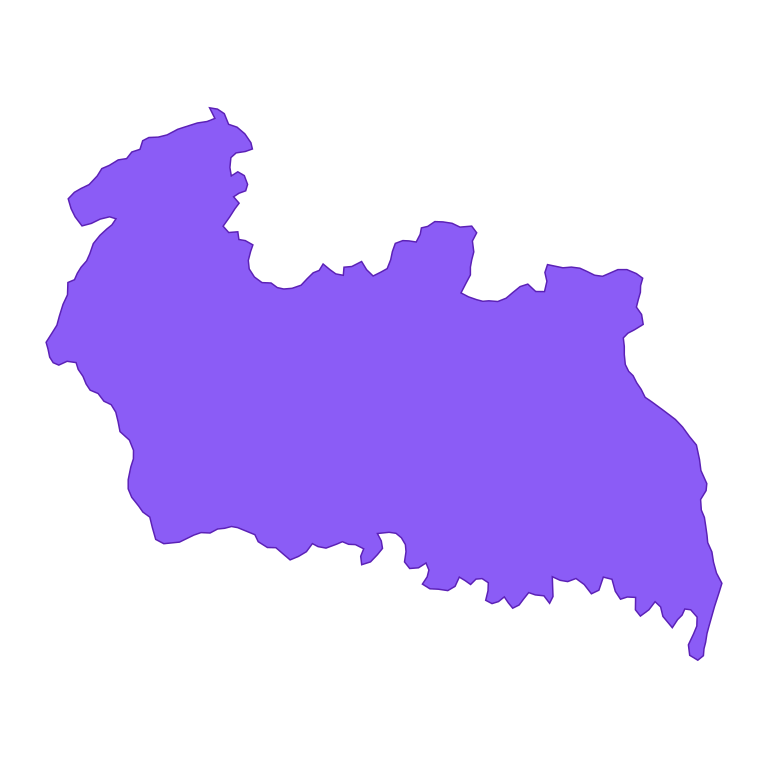 Casimiro de Abreu, Rio de Janeiro, Brazil (Albers equal-area conic projection)
{"feature_id": "56859067B53466809701697", "entity_name": "Casimiro de Abreu", "entity_type": "district", "adm_level": 2, "iso_a3": "BRA", "parent_name": "Brazil", "parent_adm1": "Rio de Janeiro", "projection": "albers", "projection_center": [-42.139, -22.475], "detail": "fine", "context": "isolated", "style": "filled", "palette": "violet", "viewbox_px": 768, "rotation_deg": 0, "n_neighbors": 0, "source": "geoboundaries", "source_scale": "gbopen_adm2", "svg_char_len": 3926}
<svg xmlns="http://www.w3.org/2000/svg" viewBox="0 0 768 768"><path d="M298.7,556.3L306.4,551.7L312.4,543.6L318.0,546.6L326.0,548.1L336.8,544.1L342.4,541.7L348.6,544.3L355.4,544.6L363.7,548.8L360.7,556.3L361.7,564.7L370.5,561.9L377.4,554.7L382.5,548.4L381.3,541.0L377.4,533.5L389.1,532.3L396.0,533.3L401.4,537.8L405.4,544.6L406.0,551.7L404.5,561.9L409.7,568.5L418.5,567.8L426.0,563.0L428.9,570.0L427.2,576.8L422.4,584.1L429.9,588.8L438.3,589.2L447.8,590.6L455.1,586.3L459.3,577.1L465.1,580.6L470.6,584.5L476.0,579.1L482.1,578.6L488.3,582.7L488.0,590.8L485.7,600.3L492.0,603.6L498.5,601.6L504.3,596.9L508.3,602.8L512.7,608.2L519.1,605.0L523.6,599.0L528.7,592.6L535.3,594.9L543.9,595.8L549.6,603.3L553.0,596.5L552.6,585.6L552.3,576.7L560.1,580.3L567.7,581.6L576.0,578.5L584.2,584.5L591.4,593.8L598.9,590.2L603.3,577.1L612.0,579.3L615.3,591.3L620.5,599.2L627.3,597.0L635.6,597.4L635.4,609.8L640.4,616.1L648.9,609.8L655.1,601.7L660.6,606.9L662.9,616.4L672.3,627.7L677.6,619.6L682.1,615.1L684.8,609.0L690.7,609.8L697.1,617.1L696.8,626.1L693.6,633.8L688.4,644.8L689.7,655.3L697.8,660.2L703.4,655.7L704.0,648.7L705.6,642.4L707.0,633.5L709.2,625.4L712.1,615.1L714.5,606.6L716.7,599.8L719.1,592.4L721.9,583.3L716.5,573.1L713.5,562.1L711.9,551.9L707.7,542.6L707.0,535.2L705.7,526.0L704.4,517.4L701.3,510.0L700.6,499.5L706.1,490.6L706.8,483.6L703.8,476.9L700.9,470.5L699.5,459.5L696.4,445.0L689.5,436.6L682.6,427.1L675.4,419.5L663.4,410.4L658.5,406.8L651.7,401.8L645.1,397.3L641.2,389.4L636.7,382.8L633.1,375.7L628.7,371.4L625.3,364.5L624.3,354.6L624.3,346.5L623.3,337.9L627.9,333.2L634.4,329.8L643.2,324.4L641.6,314.5L636.4,307.1L638.3,299.6L640.4,292.3L640.6,285.6L642.7,278.2L636.4,273.6L626.9,269.6L617.9,269.6L608.1,273.9L602.5,276.3L594.6,275.2L587.1,271.5L579.9,268.2L571.4,267.1L562.9,267.8L547.5,264.6L544.9,272.5L546.9,281.3L544.5,291.6L535.7,291.5L527.8,284.1L520.1,286.6L512.6,292.7L506.1,298.2L497.8,301.5L488.8,300.8L482.8,301.3L476.7,299.7L468.4,296.8L461.0,292.9L466.1,283.0L470.4,274.9L470.4,267.1L471.7,260.0L473.8,251.9L472.4,241.0L476.7,232.8L471.7,226.1L460.0,227.1L452.1,223.3L443.0,221.9L434.8,221.6L427.7,226.4L421.4,227.9L420.2,234.3L416.2,242.0L409.0,240.9L402.8,240.6L395.3,243.4L392.4,251.5L390.7,259.7L387.2,268.6L380.9,272.1L373.1,276.0L366.6,269.7L361.6,261.5L351.8,266.5L344.0,267.2L343.3,275.3L335.8,273.9L330.0,269.7L323.1,264.0L319.2,270.4L313.2,272.8L307.1,278.8L301.1,285.2L292.1,288.3L283.8,289.0L277.3,287.6L271.1,283.0L262.0,282.6L254.4,277.0L249.2,268.9L248.3,260.5L250.6,251.5L252.9,244.9L245.3,240.6L238.9,239.5L237.8,231.8L228.7,232.5L223.1,226.2L229.5,217.2L234.9,208.8L239.1,203.2L233.6,196.8L238.8,193.3L245.7,190.8L247.6,184.4L244.3,175.6L237.8,171.8L231.3,175.9L229.9,167.5L230.9,157.6L236.1,152.9L245.3,151.5L252.4,149.0L250.9,142.7L244.9,133.9L237.1,127.2L228.6,124.3L224.3,113.7L217.5,109.1L209.6,107.8L214.9,118.4L207.1,121.5L197.3,123.0L185.4,126.8L177.7,129.3L167.1,134.9L158.3,137.1L148.9,137.5L142.7,140.7L140.0,149.3L131.8,152.0L126.6,158.6L118.2,159.9L109.3,165.4L101.8,168.6L97.2,176.0L89.1,184.6L81.2,188.4L74.4,192.3L68.2,198.8L71.1,208.7L75.1,216.8L82.0,225.9L91.4,223.4L100.2,219.1L109.6,216.8L116.0,218.8L111.9,224.9L106.8,229.0L99.9,235.4L93.3,243.6L89.8,253.8L86.6,260.9L81.0,267.3L77.3,273.3L74.5,279.7L67.9,282.5L67.5,294.8L63.0,304.4L59.4,316.0L56.9,325.2L51.7,333.5L46.1,342.3L48.0,349.0L49.7,357.2L53.2,362.7L58.8,365.1L67.1,361.3L76.1,362.6L78.2,369.4L83.0,376.4L86.1,384.0L90.2,390.2L98.1,393.5L103.9,401.2L111.2,404.7L115.8,412.2L118.1,421.7L120.0,431.6L129.4,440.1L133.5,450.3L133.4,458.9L130.8,467.0L128.2,479.7L128.2,488.9L131.7,497.3L138.7,506.1L142.9,512.1L149.8,517.1L152.4,527.7L155.7,539.4L163.8,543.7L179.5,542.1L193.8,535.1L201.0,532.6L210.1,533.0L217.6,529.0L224.6,528.3L231.5,526.5L237.6,527.6L247.1,531.5L254.9,534.7L258.2,541.7L267.4,547.5L275.9,547.7L282.6,553.5L290.1,559.9L298.7,556.3Z" fill="#8b5cf6" stroke="#5b21b6" stroke-width="1.5"/></svg>